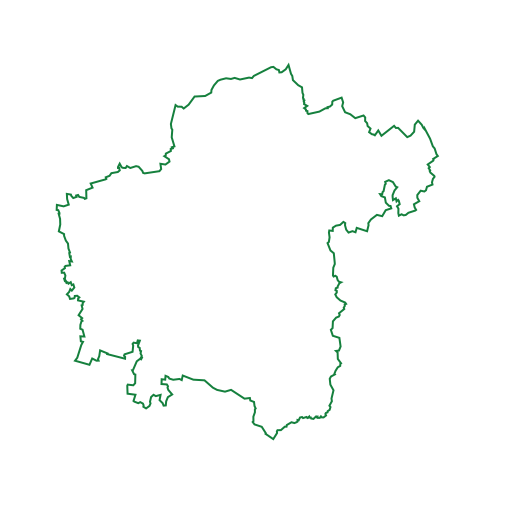 the district of Cashel-Tipperary Lea-7, South Tipperary, Ireland, rotated 170°
{"feature_id": "5873133B11959666540716", "entity_name": "Cashel-Tipperary Lea-7", "entity_type": "district", "adm_level": 2, "iso_a3": "IRL", "parent_name": "Ireland", "parent_adm1": "South Tipperary", "projection": "orthographic", "projection_center": [-8.111, 52.526], "detail": "fine", "context": "isolated", "style": "outline", "palette": "green", "viewbox_px": 512, "rotation_deg": 170, "n_neighbors": 0, "source": "geoboundaries", "source_scale": "gbopen_adm2", "svg_char_len": 6075}
<svg xmlns="http://www.w3.org/2000/svg" viewBox="0 0 512 512"><g transform="rotate(170 256 256)"><path d="M208.4,439.3L226.9,433.7L229.0,431.9L231.9,432.9L241.1,432.6L246.1,435.1L249.9,434.7L254.6,436.2L260.3,435.8L263.2,435.1L267.8,431.3L271.0,427.3L271.7,424.7L278.3,422.4L288.8,423.7L296.1,416.7L301.6,413.8L303.3,415.9L307.2,416.7L309.0,418.6L316.9,400.8L317.1,396.4L316.5,394.9L318.4,387.5L317.3,378.1L321.0,377.6L319.2,377.6L319.1,376.5L321.4,376.2L321.6,374.2L327.0,372.5L327.5,370.7L328.9,370.2L324.9,366.4L324.8,364.0L329.3,361.8L334.1,363.4L334.3,358.1L336.4,356.3L351.3,356.7L352.7,357.4L353.2,359.6L356.1,364.3L358.5,365.3L364.5,364.5L367.5,367.0L369.1,365.3L371.7,365.9L372.9,366.7L374.2,370.6L376.5,367.5L376.6,366.7L375.5,366.6L375.3,364.0L377.5,362.7L384.0,362.7L386.3,360.4L390.3,359.6L390.0,357.9L390.8,357.6L406.2,356.1L405.1,351.7L411.8,350.3L413.0,342.3L414.7,342.0L415.3,343.1L419.8,344.9L420.6,347.0L422.6,346.8L422.4,345.4L425.9,344.8L427.5,347.4L427.6,348.6L431.5,350.0L432.1,344.9L431.5,339.1L436.8,338.3L443.2,340.9L444.3,336.0L442.8,335.5L442.1,332.6L442.2,331.8L443.0,331.9L442.5,326.6L443.3,321.0L445.9,314.5L441.2,310.9L441.5,309.2L440.6,304.2L439.0,300.9L439.4,295.9L438.6,291.7L439.4,291.4L439.4,287.5L438.5,287.6L439.0,285.3L438.3,282.6L440.8,283.4L440.6,279.1L445.3,279.3L446.3,278.6L446.3,277.2L450.0,275.5L450.2,273.2L447.8,272.9L447.1,269.9L448.1,267.0L448.9,267.0L448.6,264.7L447.8,265.0L447.0,263.1L448.1,262.1L446.0,262.7L445.5,261.3L443.0,262.4L442.5,259.3L440.8,259.7L440.4,256.5L443.4,253.9L444.6,255.7L446.2,253.1L448.9,251.1L447.0,248.7L446.6,246.0L442.8,245.9L441.9,246.4L441.4,248.1L439.0,247.9L437.2,245.9L438.5,245.1L439.0,243.2L433.5,240.9L434.9,239.6L435.2,237.9L436.3,237.7L436.0,234.0L441.0,228.5L438.0,225.0L439.3,224.1L438.2,222.3L439.2,222.0L440.9,218.7L441.7,214.9L439.6,213.5L439.0,206.5L442.9,207.4L443.3,202.4L441.3,201.5L443.5,198.7L449.7,186.8L452.4,184.3L438.9,177.8L435.1,183.5L431.3,180.6L429.2,180.3L429.5,181.9L427.8,184.5L425.9,190.1L419.1,185.8L419.5,185.2L402.8,177.6L402.4,179.4L403.3,180.7L402.5,182.0L394.2,183.1L392.5,189.1L392.8,190.8L391.6,191.9L388.4,190.8L387.1,193.4L385.1,192.8L387.8,188.2L387.8,186.8L386.5,185.7L386.7,183.0L385.7,182.3L386.6,180.1L385.8,177.3L386.8,176.1L386.0,175.6L387.1,174.2L388.0,174.9L391.7,173.0L397.1,164.8L397.8,164.9L396.6,160.8L395.4,160.2L397.1,151.7L399.3,150.0L404.6,151.6L405.3,150.6L406.4,142.7L398.8,140.3L401.8,134.5L401.1,133.7L397.5,131.5L395.4,132.2L393.0,130.3L392.6,128.6L393.1,127.1L390.7,125.0L387.0,126.8L385.5,129.1L385.7,130.9L383.8,135.3L381.0,137.1L379.0,135.4L374.1,135.8L376.0,130.8L373.5,127.3L373.0,124.7L370.8,124.5L369.7,128.5L367.3,132.3L362.6,134.2L365.6,139.3L366.0,141.7L365.3,143.0L366.1,145.0L371.3,146.3L370.3,151.0L366.9,150.0L365.9,153.7L363.4,152.1L362.6,150.3L359.0,148.5L352.7,148.2L350.7,146.7L348.9,151.0L339.2,145.1L328.3,142.5L321.3,133.8L317.6,130.9L310.1,127.8L303.8,128.5L292.1,117.5L286.7,117.2L286.7,114.7L283.3,112.6L283.5,108.5L282.8,105.9L283.7,105.2L284.2,102.3L286.5,98.2L287.2,93.8L288.1,93.1L286.7,90.4L280.0,86.8L277.1,79.8L277.5,79.2L270.8,72.7L266.0,78.0L265.9,79.7L265.1,80.7L261.7,80.2L257.3,82.9L255.6,82.6L255.0,84.2L249.9,86.1L247.2,84.8L244.8,85.3L243.9,85.7L243.6,87.3L242.5,86.8L240.7,89.3L238.6,89.4L237.8,88.2L234.3,88.7L233.6,87.6L231.8,88.5L232.0,87.6L230.2,87.6L229.9,86.4L227.7,85.6L224.7,87.6L223.7,87.3L224.4,86.7L223.5,85.9L221.3,85.5L219.9,86.8L219.2,85.6L217.5,85.3L214.7,86.8L215.1,88.4L214.4,89.3L212.7,89.6L212.3,90.8L210.2,91.7L208.9,94.3L209.7,95.8L206.5,99.8L206.4,102.5L203.0,110.3L205.1,116.4L204.7,122.3L203.1,124.3L198.9,125.7L199.3,126.3L197.6,129.1L194.8,132.2L192.2,133.1L191.6,135.3L190.9,135.6L193.3,140.4L192.4,146.8L193.7,148.6L190.7,148.5L188.4,152.2L188.1,160.9L194.2,164.1L195.1,170.3L193.1,171.7L191.6,178.3L187.8,181.4L184.9,182.0L183.8,183.4L184.2,185.2L178.3,188.5L178.6,189.8L177.2,191.4L177.1,192.9L175.6,193.2L176.3,194.7L180.6,197.5L183.7,201.4L184.6,204.4L182.8,206.0L182.5,207.6L183.7,208.5L183.0,210.4L181.1,210.7L180.9,211.8L178.6,214.7L176.8,215.3L178.8,216.3L179.8,218.2L180.1,221.6L181.4,222.8L183.1,222.3L183.6,223.4L181.9,231.1L179.8,234.4L179.6,236.1L178.9,245.2L181.7,248.5L183.3,256.3L181.8,257.2L180.3,261.6L180.1,266.4L179.4,268.4L176.1,267.4L175.4,270.6L171.9,272.0L167.8,272.0L164.0,274.4L162.4,272.9L163.0,270.9L162.6,266.3L160.8,263.0L156.7,263.7L153.9,262.1L151.9,266.2L142.3,261.1L139.8,266.8L139.7,268.8L136.5,272.0L129.8,275.5L124.8,273.3L120.3,278.6L114.5,279.4L114.8,281.9L116.3,282.3L118.9,286.0L118.9,291.3L122.2,293.2L123.1,295.4L121.0,294.9L120.2,297.0L119.1,297.7L116.7,303.8L115.7,304.6L115.9,306.6L112.0,307.6L108.3,305.0L106.4,300.2L105.0,299.2L108.2,296.5L110.9,292.2L111.2,290.5L111.4,287.3L108.3,288.5L108.1,285.4L106.3,286.6L105.8,285.7L105.5,282.1L108.5,280.5L107.5,277.9L108.4,273.5L108.3,270.9L105.4,271.8L103.5,270.4L101.4,270.4L98.4,272.1L91.2,273.1L90.3,273.6L91.3,276.2L91.5,279.5L85.7,281.6L87.0,285.3L86.6,288.0L82.5,291.7L79.0,290.3L77.2,291.2L75.6,294.5L69.8,295.7L69.9,298.0L68.4,301.2L66.4,303.0L66.5,303.9L69.8,307.9L70.2,309.6L69.6,310.1L70.7,312.5L69.4,313.4L71.0,316.3L64.9,319.1L64.4,319.9L64.7,320.8L59.6,322.9L60.6,325.0L61.4,330.9L62.8,333.3L64.2,341.3L67.8,352.4L68.1,351.7L69.0,353.2L70.0,356.5L72.9,361.1L76.8,357.8L78.7,350.9L82.9,347.7L86.4,346.8L93.8,357.5L96.0,357.8L97.4,360.2L111.6,352.6L113.8,358.4L118.6,353.6L118.0,354.8L120.7,355.8L123.1,358.3L121.1,361.6L123.5,364.6L123.5,367.5L125.1,370.0L124.4,373.5L125.7,375.7L134.3,374.5L138.5,379.2L143.3,382.1L145.1,388.6L143.5,392.1L144.2,397.1L153.0,395.5L154.0,394.8L154.7,391.9L157.3,390.3L159.7,390.2L159.7,389.1L162.0,389.4L168.5,387.2L179.8,386.7L180.5,387.8L180.2,389.8L181.5,390.4L181.4,391.7L182.9,393.3L179.5,394.9L182.3,397.3L181.8,398.7L182.2,399.7L181.3,400.9L182.2,401.7L181.8,402.6L182.3,403.5L181.4,406.5L181.9,408.6L181.4,414.1L184.8,416.9L189.1,422.8L189.0,427.0L189.9,429.3L190.8,438.5L194.3,434.7L198.8,432.5L201.1,432.7L201.2,435.2L203.5,436.3L206.0,439.2L208.4,439.3Z" fill="none" stroke="#15803d" stroke-width="2"/></g></svg>